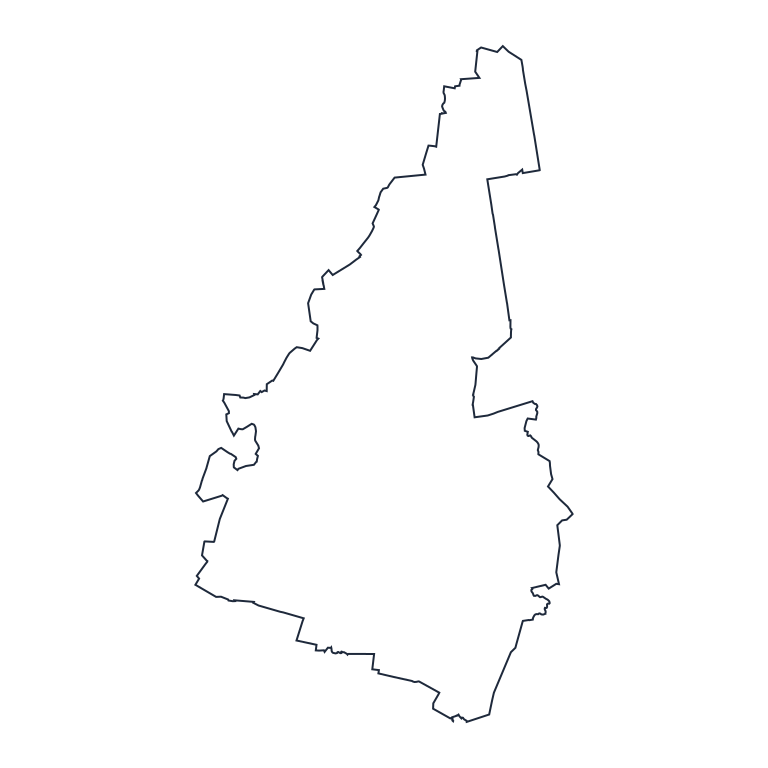 Platones pag., Jelgava, Latvia (Mercator projection)
{"feature_id": "27541924B52007351814960", "entity_name": "Platones pag.", "entity_type": "district", "adm_level": 2, "iso_a3": "LVA", "parent_name": "Latvia", "parent_adm1": "Jelgava", "projection": "mercator", "projection_center": [23.71, 56.549], "detail": "fine", "context": "isolated", "style": "outline", "palette": "slate", "viewbox_px": 768, "rotation_deg": 0, "n_neighbors": 0, "source": "geoboundaries", "source_scale": "gbopen_adm2", "svg_char_len": 6050}
<svg xmlns="http://www.w3.org/2000/svg" viewBox="0 0 768 768"><path d="M532.8,619.6L532.9,618.6L533.2,617.5L534.4,615.3L535.4,614.4L536.5,614.1L538.2,614.2L539.2,613.4L540.3,613.6L541.3,614.4L543.1,614.6L545.3,613.8L545.2,613.6L545.4,613.2L545.5,612.8L545.6,612.6L545.6,611.2L544.9,609.7L544.7,609.0L544.8,608.2L545.0,607.8L545.9,608.0L546.6,607.9L547.1,607.0L547.1,605.8L547.0,604.4L547.4,603.9L548.0,603.6L549.2,603.7L549.6,603.3L549.6,602.4L549.2,601.2L547.9,599.9L547.3,599.5L545.9,598.8L543.0,596.8L542.3,596.6L540.7,597.1L539.9,597.1L538.0,595.5L537.4,595.2L536.9,595.2L535.3,595.9L533.9,595.8L533.5,595.2L533.4,594.7L532.7,593.0L531.8,591.9L531.5,591.4L531.3,590.1L532.0,589.3L532.4,589.0L532.5,588.6L532.0,588.0L545.6,584.8L548.7,588.6L556.3,583.8L559.0,584.2L556.3,572.4L556.3,572.1L558.5,554.8L559.8,545.9L559.8,545.1L557.3,525.2L562.1,520.4L566.7,519.7L572.6,514.1L572.5,513.7L567.6,506.7L559.6,499.2L553.9,492.7L548.0,486.5L552.5,479.1L551.1,474.2L550.0,465.7L549.9,463.0L549.6,461.1L538.4,454.3L538.4,453.2L538.5,452.0L537.8,450.1L538.6,447.0L538.7,445.0L538.3,443.8L537.5,442.5L536.5,441.4L531.9,437.8L531.5,437.3L531.2,436.4L530.2,435.4L528.7,436.0L528.3,436.0L527.7,435.7L527.3,434.8L527.6,433.2L527.6,432.6L527.8,431.8L524.8,430.8L524.6,428.1L526.4,421.1L527.7,418.5L535.9,419.6L536.3,418.0L536.3,416.5L537.3,413.2L537.3,411.9L536.7,410.9L536.0,410.1L536.0,409.2L536.3,408.5L536.8,407.9L537.4,406.6L537.1,405.3L536.0,404.0L534.8,403.9L533.2,402.7L532.5,401.2L497.8,411.9L493.6,413.6L487.7,415.5L474.6,417.3L472.9,404.9L472.6,404.8L473.1,402.2L473.9,396.9L473.7,396.8L473.2,395.4L473.3,394.6L473.1,394.6L473.3,393.8L473.9,391.4L475.4,384.9L475.6,382.7L476.4,373.3L477.0,366.6L476.8,365.9L473.2,360.6L472.4,358.7L472.1,357.4L472.9,357.4L475.6,358.4L481.3,359.0L488.3,357.7L496.3,350.9L496.5,351.0L497.7,350.1L497.7,349.8L498.2,349.3L498.8,349.1L499.3,348.6L499.2,348.1L510.9,337.5L510.9,336.4L511.0,332.0L511.2,329.6L511.4,329.2L510.7,328.7L510.5,328.1L510.4,326.8L510.5,320.2L509.4,320.3L507.1,303.5L506.9,302.6L503.9,284.2L498.6,249.9L498.5,249.5L494.9,227.3L494.9,226.9L493.0,214.7L492.6,213.7L491.3,204.5L488.0,183.8L487.3,179.3L504.7,176.5L507.9,175.6L508.3,175.2L516.0,174.2L516.9,174.7L518.0,173.1L522.2,169.6L522.8,173.1L539.4,170.3L539.7,170.2L539.7,169.8L534.3,135.8L534.0,134.4L526.6,90.9L525.2,83.7L522.9,69.7L522.9,68.9L522.6,66.7L521.4,59.9L508.6,51.7L502.8,46.1L497.2,52.0L481.1,47.5L476.9,50.3L476.8,51.2L477.4,51.3L475.2,71.7L479.4,77.9L461.0,79.2L461.2,79.6L459.5,84.8L459.5,85.7L455.1,86.3L454.7,88.3L444.2,86.3L443.7,90.7L443.5,91.9L443.6,93.0L444.0,93.7L444.7,95.2L444.9,96.9L445.0,98.8L444.8,100.7L444.3,102.7L443.2,103.6L442.4,105.0L442.2,105.8L442.1,106.5L442.8,108.4L443.7,110.5L444.1,111.0L445.3,111.7L445.8,112.9L442.6,113.5L442.7,113.3L441.9,113.2L441.8,113.7L439.9,114.0L436.2,146.7L434.5,146.2L430.1,145.7L428.5,145.6L426.3,152.7L422.7,164.8L424.0,168.6L425.5,174.6L394.6,177.6L389.7,184.0L389.1,184.9L387.8,187.4L387.0,187.9L383.2,188.7L380.6,192.3L379.4,196.2L379.1,197.0L378.5,199.8L378.3,200.5L375.9,205.2L374.4,207.0L378.6,209.5L378.8,209.7L378.7,210.0L377.0,213.8L372.6,223.4L373.8,226.2L373.9,226.6L373.8,227.0L373.7,227.5L372.0,231.1L369.5,235.5L368.1,237.6L363.4,243.5L359.9,248.0L357.3,251.0L358.2,252.0L360.3,254.0L361.0,254.9L359.5,256.3L360.0,257.0L356.1,259.7L349.8,264.5L332.7,275.0L328.6,270.1L322.3,276.8L322.1,277.2L323.0,282.0L322.8,281.9L323.4,284.9L323.6,285.1L324.3,288.9L314.5,289.4L314.2,289.6L311.2,294.6L308.1,303.2L310.7,321.3L313.3,323.4L317.4,325.3L317.5,326.5L317.5,330.2L316.6,337.9L318.3,338.6L317.0,340.0L310.1,350.8L302.3,348.1L296.7,347.2L294.7,348.6L289.6,353.0L288.8,354.1L286.5,357.8L284.2,362.2L283.1,364.5L277.7,373.6L273.3,380.8L272.5,380.5L272.3,380.5L266.8,384.2L266.7,391.1L264.5,390.5L261.7,392.1L260.3,391.0L257.7,394.4L254.1,394.0L254.4,395.0L249.4,397.4L245.3,398.1L243.4,397.6L240.3,397.5L239.6,395.5L235.8,395.0L224.1,394.1L223.6,398.5L223.1,400.5L222.9,400.7L224.3,402.7L228.9,411.2L228.9,413.2L226.3,414.4L226.7,421.1L231.7,431.7L232.0,431.9L233.9,435.6L238.4,428.6L240.5,429.1L242.3,429.3L242.9,429.2L246.8,426.9L251.7,423.8L253.9,424.6L254.5,425.4L255.4,427.2L256.0,431.2L255.4,435.8L255.2,436.6L255.0,439.4L255.2,440.6L258.3,445.6L259.0,448.3L255.7,453.9L257.9,455.9L257.1,459.1L256.7,461.7L256.2,461.9L253.9,464.8L246.0,466.0L238.4,468.8L237.5,470.1L233.9,467.4L233.8,467.1L233.7,464.3L234.5,460.8L236.3,458.8L235.7,457.1L230.9,453.9L230.0,453.7L227.4,452.1L221.2,447.9L218.4,449.1L216.4,451.4L209.8,456.1L206.5,467.8L206.5,468.0L202.6,478.5L202.1,480.4L201.9,480.6L200.0,487.4L199.1,489.6L198.6,490.4L196.0,493.0L198.0,495.6L203.1,501.5L221.8,495.7L222.6,495.1L226.6,498.0L227.9,498.7L219.8,519.0L214.2,541.5L213.8,541.9L204.7,541.4L204.4,541.6L202.0,555.4L207.1,561.1L207.3,561.1L207.3,561.7L205.4,564.1L196.8,575.9L199.1,578.6L195.4,584.8L216.1,596.9L221.0,596.7L228.1,599.5L228.5,600.5L232.8,601.2L234.9,601.1L234.5,600.3L253.8,601.9L253.3,602.8L258.5,605.5L280.3,611.8L283.2,612.4L303.7,618.3L302.6,621.1L296.5,640.5L316.5,644.8L315.8,650.4L319.1,650.6L323.9,650.3L324.6,651.9L327.9,647.7L330.8,647.9L331.2,647.4L331.5,648.9L331.6,650.4L331.8,651.4L332.2,652.1L332.8,652.7L333.3,652.9L335.5,653.4L336.9,653.1L337.2,652.9L337.4,652.3L338.0,652.0L338.3,652.0L339.6,652.8L340.8,653.2L341.1,653.1L340.9,652.5L341.3,651.7L341.5,651.6L341.9,651.7L342.6,652.2L344.0,652.2L346.8,653.8L347.5,654.6L347.8,654.1L348.8,653.9L374.1,654.0L372.3,669.3L378.9,670.1L378.4,673.4L393.8,677.0L411.2,680.8L412.3,681.1L412.6,681.4L414.4,682.0L416.2,681.9L418.4,681.4L419.1,681.5L439.3,692.7L438.5,694.3L433.3,703.3L433.1,708.7L450.3,718.4L451.8,717.6L452.4,720.5L453.1,721.2L453.2,720.9L452.9,720.6L452.7,719.9L452.3,717.2L455.1,716.3L456.8,715.5L457.0,715.7L458.5,714.6L459.3,716.1L461.4,718.4L462.0,717.6L463.0,717.8L463.7,718.9L464.4,719.5L466.6,720.8L466.7,721.9L489.2,714.5L490.0,710.5L492.2,700.0L493.9,692.7L510.9,652.2L515.4,647.8L516.4,644.0L522.6,621.7L522.9,620.9L528.8,620.0L529.2,620.2L532.8,619.6Z" fill="none" stroke="#1e293b" stroke-width="2"/></svg>